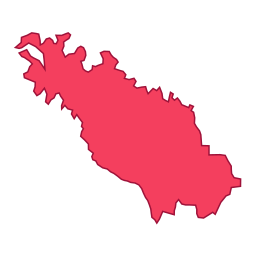 Salgado Filho, Paraná, Brazil
{"feature_id": "56859067B54894241849206", "entity_name": "Salgado Filho", "entity_type": "district", "adm_level": 2, "iso_a3": "BRA", "parent_name": "Brazil", "parent_adm1": "Paraná", "projection": "natural_earth1", "projection_center": [-53.439, -26.139], "detail": "fine", "context": "isolated", "style": "filled", "palette": "rose", "viewbox_px": 256, "rotation_deg": 0, "n_neighbors": 0, "source": "geoboundaries", "source_scale": "gbopen_adm2", "svg_char_len": 2403}
<svg xmlns="http://www.w3.org/2000/svg" viewBox="0 0 256 256"><path d="M91.8,156.6L92.8,159.7L95.8,160.9L97.7,164.5L102.7,167.8L107.3,169.0L110.6,171.8L113.9,173.4L117.6,176.1L121.3,179.2L124.4,180.4L127.4,181.0L130.7,182.4L135.0,183.0L138.9,184.9L141.7,188.6L143.6,193.3L145.6,197.5L147.7,200.4L149.3,204.5L150.8,209.0L151.3,213.2L151.9,217.3L154.8,219.7L156.8,223.1L159.4,219.1L162.7,211.4L174.2,214.7L174.3,210.6L175.4,207.1L175.9,202.9L178.6,199.6L181.8,204.0L185.5,204.9L189.1,204.9L195.6,205.2L196.8,209.4L196.8,213.7L198.3,217.4L203.6,218.0L212.7,212.3L215.2,214.3L220.8,202.3L222.7,200.0L226.0,195.9L229.8,194.3L231.3,187.5L240.5,186.3L240.6,179.0L234.1,177.7L231.6,173.6L231.3,169.7L231.2,166.1L227.8,160.6L225.2,155.4L220.0,154.7L209.0,154.9L209.0,145.8L201.6,145.6L200.8,134.7L199.5,130.9L196.4,126.8L194.4,123.3L194.7,117.8L193.6,112.3L191.1,110.6L193.4,106.4L189.9,104.9L188.7,107.6L181.7,104.7L179.9,101.2L177.4,98.0L174.5,100.2L172.0,97.8L173.2,94.0L170.5,92.3L169.5,96.5L168.4,101.8L165.7,100.6L162.7,98.7L162.0,93.5L159.6,87.3L156.7,90.6L153.1,88.5L150.9,90.8L148.1,93.7L146.7,90.6L145.6,86.7L141.8,87.1L136.9,88.1L133.6,85.9L136.0,81.4L134.0,78.3L129.1,79.6L124.4,78.4L125.8,74.7L123.1,71.4L120.2,70.6L114.5,68.7L115.8,64.9L118.1,62.1L116.5,59.5L113.3,57.3L111.2,55.0L109.2,51.5L104.0,51.3L100.4,52.9L103.2,58.8L102.9,63.7L98.1,65.4L95.5,66.6L92.6,65.8L92.1,69.6L88.3,72.1L85.4,70.9L83.1,68.9L81.9,64.2L80.8,61.3L84.0,60.4L85.8,55.4L85.4,51.6L83.5,47.7L80.8,46.3L77.8,48.0L74.5,53.5L68.9,54.2L65.2,57.1L62.1,50.5L63.9,46.1L63.6,42.0L66.1,40.2L68.9,38.5L70.5,34.9L68.2,32.9L65.5,33.9L61.7,35.4L56.0,35.3L58.0,40.2L56.3,43.7L53.7,43.4L52.6,40.4L49.6,38.0L46.3,39.0L43.4,43.3L40.3,44.9L40.1,40.6L38.7,34.1L36.0,33.5L31.7,32.9L27.2,35.3L21.5,37.4L21.2,42.5L15.4,47.5L19.1,48.4L21.7,47.7L28.7,43.0L35.7,46.6L43.4,53.5L44.2,60.3L44.9,69.3L39.1,60.7L33.3,57.8L30.5,56.0L26.7,49.7L19.1,53.0L21.8,56.5L24.4,57.5L29.7,61.1L32.3,63.9L29.7,66.8L27.8,71.9L23.8,73.9L24.4,77.7L35.3,82.2L35.1,86.8L33.7,91.1L36.9,95.6L40.1,93.7L44.4,88.2L46.9,94.2L45.6,101.8L48.3,104.2L50.9,99.9L54.0,97.9L55.9,93.8L59.2,93.0L60.6,96.1L63.5,100.2L61.6,105.6L61.7,109.0L64.9,105.4L67.8,108.8L72.6,110.1L71.5,114.0L74.2,118.7L76.8,114.6L79.1,118.0L82.5,122.5L81.5,126.4L83.4,128.7L81.7,131.6L80.7,136.3L84.6,139.9L88.4,144.0L88.5,149.4L93.3,153.2L91.8,156.6Z" fill="#f43f5e" stroke="#9f1239" stroke-width="1.5"/></svg>